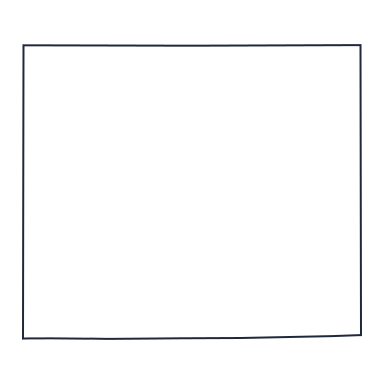 Wayne, Iowa, United States of America
{"feature_id": "52423323B91237722632689", "entity_name": "Wayne", "entity_type": "district", "adm_level": 2, "iso_a3": "USA", "parent_name": "United States of America", "parent_adm1": "Iowa", "projection": "natural_earth1", "projection_center": [-93.366, 40.739], "detail": "fine", "context": "isolated", "style": "outline", "palette": "slate", "viewbox_px": 384, "rotation_deg": 0, "n_neighbors": 0, "source": "geoboundaries", "source_scale": "gbopen_adm2", "svg_char_len": 354}
<svg xmlns="http://www.w3.org/2000/svg" viewBox="0 0 384 384"><path d="M360.5,45.1L191.7,45.7L23.5,45.3L23.0,338.6L25.2,338.5L29.4,338.4L44.2,338.4L44.6,338.4L47.1,338.3L89.2,338.7L90.4,338.6L107.7,338.9L157.2,338.5L178.5,338.3L199.0,338.2L240.9,338.0L332.6,336.1L360.1,335.1L361.0,335.1L360.5,45.1Z" fill="none" stroke="#1e293b" stroke-width="2"/></svg>